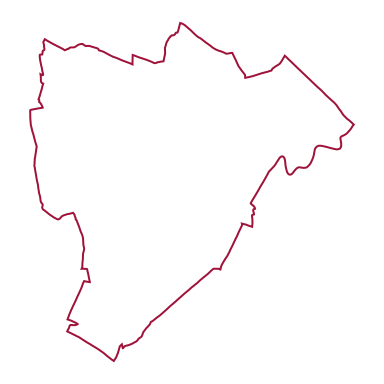 the district of Tam Binh, Vĩnh Long, Vietnam
{"feature_id": "81297802B334334492772", "entity_name": "Tam Binh", "entity_type": "district", "adm_level": 2, "iso_a3": "VNM", "parent_name": "Vietnam", "parent_adm1": "Vĩnh Long", "projection": "natural_earth1", "projection_center": [105.942, 10.065], "detail": "fine", "context": "isolated", "style": "outline", "palette": "rose", "viewbox_px": 384, "rotation_deg": 0, "n_neighbors": 0, "source": "geoboundaries", "source_scale": "gbopen_adm2", "svg_char_len": 5742}
<svg xmlns="http://www.w3.org/2000/svg" viewBox="0 0 384 384"><path d="M67.2,331.4L69.6,332.6L71.4,333.4L73.1,334.3L75.6,335.5L76.4,336.0L78.2,336.8L80.0,337.8L82.2,339.3L86.2,341.9L90.3,344.3L92.3,345.6L95.0,347.2L96.3,348.0L97.6,348.8L101.4,351.4L103.5,352.9L107.4,356.2L111.9,359.7L113.8,361.0L115.3,358.7L116.4,356.9L116.7,355.9L117.9,353.1L119.6,347.1L119.8,346.4L120.3,345.8L121.9,344.3L122.5,346.9L122.6,347.8L122.8,348.2L123.0,348.2L124.7,346.2L125.0,346.0L128.7,345.1L130.2,344.5L132.2,343.7L134.4,342.4L135.9,341.7L137.1,340.7L137.8,339.9L138.5,338.8L139.7,337.9L140.8,337.3L141.5,336.5L142.0,335.8L142.9,333.2L143.4,332.0L146.3,328.2L147.6,326.9L149.8,324.5L150.1,323.8L150.6,322.5L151.0,321.8L151.4,321.6L151.8,321.5L152.8,320.9L157.1,317.4L160.0,315.3L165.7,310.3L170.3,306.0L175.7,301.4L184.2,293.8L189.7,289.2L191.4,287.6L197.2,283.0L200.5,279.9L201.4,279.2L203.0,277.8L204.8,276.4L208.2,273.6L211.7,270.2L213.3,268.9L213.9,268.7L218.3,268.8L219.0,268.9L220.3,269.6L220.5,269.5L220.7,268.1L221.1,266.6L222.0,264.4L223.5,261.8L224.2,260.7L225.0,259.3L227.4,255.8L228.2,254.1L229.4,252.0L230.0,250.4L232.2,246.1L236.0,238.0L236.8,236.6L238.6,232.4L241.1,227.2L241.9,225.6L242.0,225.1L242.1,224.4L241.9,223.6L246.3,224.7L247.6,225.3L252.1,226.8L252.5,223.0L252.3,218.1L252.0,216.3L252.0,215.4L252.2,215.1L252.5,214.9L253.6,214.6L254.0,214.4L254.0,214.0L253.2,210.7L253.2,210.0L253.6,209.3L254.0,209.1L254.5,208.9L255.0,208.8L254.8,207.8L254.4,206.9L253.3,205.7L251.1,203.9L250.7,203.3L252.0,200.9L255.7,194.8L259.1,189.0L260.5,186.4L263.1,182.2L265.4,178.1L267.1,175.1L268.3,172.7L269.2,171.3L270.1,170.4L274.2,166.1L275.7,164.0L276.5,162.6L279.4,158.2L279.8,157.6L281.2,156.6L281.7,156.4L282.6,156.4L283.0,156.6L283.7,157.1L284.2,157.8L285.0,160.0L285.6,166.1L286.6,170.5L287.5,172.9L288.2,173.8L288.8,174.3L289.5,174.6L290.4,174.6L291.4,174.3L292.3,173.5L293.3,172.4L294.6,170.6L296.4,168.6L297.8,167.6L298.6,167.4L299.4,167.3L302.1,167.7L303.7,167.9L304.8,167.8L306.5,167.5L307.8,166.5L309.9,164.3L310.9,162.6L312.5,159.1L313.2,157.2L313.8,155.1L314.8,149.6L315.2,148.5L315.6,148.0L316.4,147.0L317.2,146.4L318.2,145.9L319.3,145.7L321.5,145.8L326.1,146.8L331.2,148.2L334.6,149.0L336.7,149.4L338.1,149.2L339.8,148.7L340.4,147.9L341.1,146.7L341.2,145.6L341.2,143.5L340.4,138.4L340.4,138.0L340.7,137.2L341.0,136.9L341.9,136.1L343.5,135.5L345.5,134.4L346.8,133.5L347.8,132.4L350.6,129.2L351.8,127.4L352.7,125.8L353.8,124.6L353.3,124.2L351.7,122.6L349.0,120.2L347.2,118.9L343.7,115.4L342.5,113.8L340.8,111.1L339.6,109.7L336.3,104.9L334.3,102.7L330.1,99.0L325.4,94.6L322.0,91.0L316.8,86.3L297.7,68.1L291.7,62.3L284.8,55.7L283.2,58.4L281.3,61.6L279.7,63.8L277.1,65.5L275.1,66.7L274.3,67.3L272.7,68.5L271.9,69.5L271.4,70.6L269.7,71.0L267.8,71.7L262.2,73.1L252.9,76.1L251.2,76.5L248.5,77.2L245.2,77.8L245.0,74.8L241.8,70.8L238.3,65.8L235.5,59.4L235.0,58.6L232.3,52.9L230.6,53.0L229.0,53.4L227.6,53.6L226.2,53.7L225.4,53.3L224.5,52.8L221.7,51.6L219.3,50.9L217.7,50.3L215.9,49.5L214.3,48.6L212.5,47.5L210.9,46.1L205.6,42.3L200.6,38.4L198.0,37.0L195.5,34.9L192.5,32.0L190.3,29.8L189.1,28.9L186.3,26.4L184.3,24.8L182.7,23.9L180.2,23.0L178.2,30.6L177.5,32.5L177.2,32.7L176.0,32.7L175.7,32.9L175.0,34.3L174.1,35.0L173.5,35.3L171.6,35.4L171.4,35.6L170.9,36.2L170.4,36.4L170.0,37.2L169.2,38.0L168.6,38.8L167.9,40.3L167.1,41.4L166.5,42.6L165.5,46.3L164.9,47.9L165.1,51.3L165.1,53.6L163.8,59.9L163.5,61.3L161.8,61.5L157.6,62.3L156.2,62.9L155.3,63.1L154.3,63.1L153.8,62.9L151.6,61.8L146.8,59.9L138.3,57.1L134.1,55.4L132.7,55.0L132.6,58.1L132.5,62.5L132.5,64.4L131.5,63.9L128.7,62.8L121.7,60.2L116.7,58.0L112.9,56.7L109.3,54.9L103.6,51.8L101.9,51.2L98.9,50.3L98.4,49.1L97.5,48.4L90.9,46.4L89.2,45.9L86.1,46.0L85.0,45.7L83.0,44.3L82.3,44.0L81.2,44.0L80.1,44.2L78.6,44.7L77.8,45.1L74.8,47.1L74.1,47.3L73.1,47.4L71.2,47.4L69.5,47.8L68.7,48.7L68.5,48.8L67.5,49.0L65.3,50.1L64.7,50.2L62.9,49.0L61.0,48.0L53.7,44.3L47.9,41.1L44.8,39.2L43.3,42.1L44.0,44.9L44.1,47.1L44.5,49.3L44.4,49.6L44.2,50.0L43.9,50.2L43.2,50.5L42.8,50.9L42.6,51.3L42.6,52.8L42.3,54.3L42.2,54.5L40.1,54.6L39.8,54.9L39.7,55.4L39.8,57.6L40.2,60.5L41.0,64.6L42.0,68.7L42.2,70.5L43.1,74.0L43.1,74.8L43.0,75.0L42.7,75.1L42.3,75.1L40.5,74.2L40.8,76.4L40.9,80.8L41.0,81.5L41.2,82.1L41.8,82.9L42.6,83.4L43.2,83.6L42.2,86.9L42.0,88.1L39.4,97.0L38.5,99.3L39.1,99.8L39.3,100.2L39.1,101.7L39.2,102.1L39.9,102.5L41.1,104.1L42.7,107.3L42.7,107.7L37.7,108.5L31.0,109.8L30.4,110.0L30.2,110.6L30.2,111.6L30.3,118.1L30.8,124.9L31.2,126.4L32.5,131.8L33.2,133.8L35.2,141.6L36.7,146.5L35.2,156.6L34.8,158.6L34.5,164.6L34.3,165.8L34.8,167.4L34.9,168.7L35.3,171.0L35.6,172.6L36.0,174.9L36.9,180.3L38.0,185.1L38.2,187.2L39.1,193.2L40.0,196.2L40.3,198.3L40.6,200.8L41.0,202.1L41.3,202.7L42.2,203.7L42.5,204.2L42.6,204.6L42.7,204.8L42.6,205.7L42.2,207.2L42.2,207.5L42.4,208.3L42.6,208.9L43.0,209.4L45.4,211.1L49.4,214.4L54.0,217.5L57.2,219.2L58.1,219.4L58.7,219.3L59.6,218.8L61.0,217.3L61.9,216.3L62.3,216.0L64.1,215.2L67.5,214.1L69.5,213.8L73.1,212.8L74.5,214.8L74.9,216.4L75.5,217.6L75.7,219.3L75.8,219.6L76.0,219.8L76.5,220.0L77.6,223.0L79.0,226.5L80.6,231.3L82.1,234.7L82.6,236.3L82.9,237.6L83.1,239.0L83.2,240.4L83.2,241.4L83.4,245.0L83.5,245.6L83.7,246.3L84.1,248.0L84.1,249.7L83.8,250.8L83.5,251.9L83.1,253.5L83.0,254.3L82.8,260.0L82.5,261.8L82.3,266.9L81.6,268.8L83.0,268.7L86.9,269.0L87.1,269.3L87.3,269.8L87.6,271.7L88.0,273.0L89.0,278.1L89.7,281.3L89.8,282.1L88.0,281.9L84.1,281.1L83.0,283.4L81.8,286.8L81.1,288.6L78.8,293.7L76.8,297.9L76.3,299.2L71.3,309.8L69.6,313.8L67.5,319.4L70.8,320.5L75.8,322.8L77.7,324.1L77.6,324.3L76.7,324.6L75.4,325.1L73.6,325.2L71.0,324.9L70.5,325.0L69.7,325.7L69.4,326.3L69.3,327.0L68.8,328.4L68.1,329.4L67.2,331.4Z" fill="none" stroke="#9f1239" stroke-width="2"/></svg>